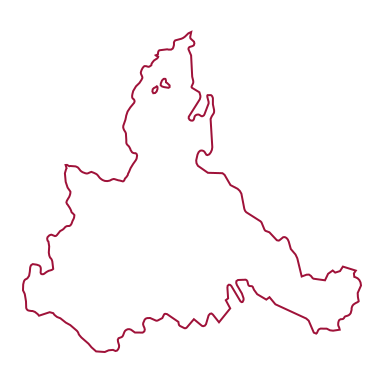 an SVG outline of Zaragoza
{"feature_id": "ESP-5853", "entity_name": "Zaragoza", "entity_type": "Autonomous Community", "adm_level": 1, "iso_a3": "ESP", "parent_name": "Spain", "parent_adm1": "", "projection": "mercator", "projection_center": [-1.121, 41.843], "detail": "fine", "context": "isolated", "style": "outline", "palette": "rose", "viewbox_px": 384, "rotation_deg": 0, "n_neighbors": 0, "source": "natural_earth", "source_scale": "10m", "svg_char_len": 5894}
<svg xmlns="http://www.w3.org/2000/svg" viewBox="0 0 384 384"><path d="M168.5,49.6L171.1,49.6L172.6,48.7L173.2,47.7L173.9,45.3L174.0,44.0L173.9,42.8L174.3,41.5L175.2,40.4L181.5,38.7L183.2,37.9L184.9,36.7L188.4,33.3L191.2,32.0L190.2,37.0L190.5,38.5L194.0,41.7L194.4,43.5L193.8,45.3L192.5,46.1L189.5,47.0L188.8,47.7L188.5,48.5L188.5,49.4L191.1,55.4L192.2,76.7L193.2,80.8L193.3,82.0L193.1,83.2L191.6,86.5L191.6,87.2L192.0,87.8L199.4,92.3L200.4,95.8L200.4,97.1L199.8,99.3L188.8,116.7L188.7,118.3L189.6,119.8L191.1,120.6L192.7,120.6L193.8,119.5L194.7,116.3L195.6,115.3L196.8,114.7L198.2,114.5L199.3,114.8L201.1,116.0L202.0,116.3L203.1,115.9L203.9,115.3L204.4,114.5L208.6,103.5L208.6,101.9L207.3,96.8L207.3,95.6L207.6,95.1L210.9,95.1L211.5,95.5L212.2,96.3L212.9,98.1L212.9,104.3L214.1,110.1L214.1,112.0L213.7,113.3L211.7,116.4L210.6,119.0L212.3,147.2L211.9,149.8L210.8,152.3L209.3,154.3L207.4,155.1L206.4,154.8L204.4,151.7L203.5,151.0L202.4,150.6L201.4,150.5L200.3,150.7L199.4,151.4L198.6,152.2L197.5,154.6L196.2,160.4L196.5,163.2L197.9,165.8L207.9,172.8L222.5,173.2L224.6,174.9L230.5,185.1L237.6,188.8L239.8,190.9L241.4,193.7L244.3,208.8L245.0,210.7L246.2,212.2L260.5,221.3L261.5,222.4L264.5,229.7L265.4,230.8L269.4,232.3L276.8,240.2L278.4,240.6L279.3,240.4L283.2,237.2L284.8,237.1L286.4,237.9L287.8,239.5L288.8,241.8L290.8,249.0L295.5,254.5L297.3,258.3L301.7,276.5L306.6,274.7L309.0,274.6L311.0,276.0L312.6,278.1L313.5,278.7L325.0,280.3L328.1,273.8L332.7,270.5L335.2,272.6L340.0,271.1L342.9,266.6L355.8,270.6L353.9,273.4L354.3,276.9L355.4,277.2L357.6,278.3L359.3,280.0L360.5,282.4L361.0,285.5L357.7,293.0L357.9,297.0L358.7,301.2L358.4,301.6L357.1,302.4L355.6,303.1L353.5,304.5L352.5,305.7L351.9,307.1L351.6,308.3L351.6,309.8L350.7,313.1L349.8,314.3L348.7,315.2L347.6,315.7L345.2,316.4L344.4,317.2L343.9,318.2L343.1,318.9L341.9,319.2L340.7,319.2L339.3,320.0L338.7,321.1L338.3,322.5L338.2,323.8L338.2,325.1L338.6,326.4L339.1,327.3L339.7,329.7L333.1,330.7L330.0,330.3L326.8,328.7L320.6,328.6L319.3,329.1L318.7,329.6L318.2,330.2L316.9,333.0L316.2,333.6L313.8,332.6L308.7,320.7L306.2,318.5L275.4,304.3L269.5,297.2L266.3,299.6L257.2,294.2L254.0,289.8L252.7,286.8L251.9,286.2L249.4,286.0L248.6,285.4L248.2,284.5L247.4,281.3L246.6,280.2L245.7,279.7L238.0,280.0L236.4,281.1L236.2,282.9L236.9,285.0L241.9,293.5L243.5,298.1L243.6,299.2L243.4,300.4L242.5,302.0L241.5,302.1L240.4,301.2L231.3,285.9L230.1,284.9L228.9,284.7L227.7,285.7L227.4,287.6L228.1,298.4L225.8,300.2L230.2,308.4L219.0,322.3L212.9,314.6L211.5,313.5L210.0,313.8L208.6,315.4L206.0,324.2L204.8,325.7L203.1,326.2L201.9,325.8L193.9,319.2L186.7,327.6L185.7,328.2L184.5,328.2L179.9,325.9L179.1,325.1L178.7,323.9L178.4,321.9L167.0,314.1L165.1,313.8L164.4,314.1L163.9,314.8L162.3,318.1L157.5,320.6L156.2,320.7L150.1,318.0L147.2,318.1L145.8,318.6L144.7,319.6L143.2,323.1L143.1,324.4L143.6,326.1L144.4,327.8L144.8,329.6L144.3,331.4L142.7,332.6L134.9,332.5L131.0,329.7L129.5,329.2L127.9,329.2L126.4,329.8L125.1,330.8L124.3,332.2L123.2,335.1L122.5,336.4L121.6,337.1L118.6,338.2L117.8,339.7L118.0,341.6L119.1,345.4L119.0,347.3L118.2,349.2L117.0,350.6L115.5,351.0L113.0,349.9L108.7,350.3L104.8,352.0L96.1,351.4L91.5,347.3L88.5,343.7L81.4,337.5L79.5,335.3L78.7,334.1L78.3,332.9L77.7,331.8L76.8,330.7L70.3,325.1L65.8,322.6L60.4,318.3L57.1,317.0L55.4,315.7L54.1,314.5L53.3,313.2L49.7,312.2L39.0,315.7L37.8,314.2L34.9,311.9L32.5,311.0L31.3,311.0L28.8,310.6L27.7,310.2L26.8,309.3L26.2,308.0L26.0,301.4L24.9,294.7L24.6,293.6L23.0,290.3L23.2,284.4L24.0,281.2L24.8,279.9L25.6,279.3L26.5,278.9L27.4,278.3L29.1,275.8L29.8,271.8L30.2,267.5L30.6,266.1L31.3,265.0L32.8,264.1L36.8,264.7L39.1,265.5L40.0,266.2L40.6,267.3L40.8,268.5L40.8,269.9L40.6,272.6L41.0,273.7L41.9,274.2L43.1,274.2L44.1,273.8L46.5,272.0L48.7,270.8L51.3,270.1L52.4,269.6L53.2,268.9L52.3,261.4L51.8,259.9L51.1,258.6L50.1,257.6L49.3,255.6L48.8,252.6L49.2,246.4L48.4,241.5L47.6,240.7L47.3,239.5L47.2,238.3L47.6,237.1L49.3,235.4L50.7,234.8L51.5,234.7L55.0,236.1L56.1,235.8L57.0,235.0L60.1,231.1L62.6,229.7L63.8,228.7L65.3,227.0L66.6,226.2L68.0,226.0L69.2,226.0L70.4,225.4L71.5,223.8L72.6,220.8L73.5,219.1L74.1,217.5L74.4,215.1L73.0,213.5L72.2,212.9L71.4,211.9L71.1,210.6L70.0,208.3L67.8,204.9L66.9,203.8L66.4,202.4L66.8,200.9L68.3,198.3L69.1,197.1L69.6,195.9L70.1,194.4L70.4,192.9L70.4,191.6L67.6,187.6L65.7,181.9L64.9,173.3L66.1,169.1L66.6,168.4L65.6,165.0L67.0,164.9L69.3,166.2L70.5,166.0L75.6,166.4L76.8,166.9L77.9,167.5L78.8,168.5L80.5,170.7L81.5,171.5L82.6,172.2L85.2,173.2L86.5,173.5L87.7,173.4L90.2,172.3L91.4,171.9L93.8,172.8L96.1,173.9L97.1,174.6L98.0,175.6L99.5,177.6L100.4,178.5L102.5,180.0L104.8,180.9L107.3,181.1L109.8,180.6L111.9,179.5L113.5,179.0L114.5,179.1L118.3,180.3L119.6,180.5L122.9,181.4L123.6,181.1L124.3,180.2L125.0,178.5L126.3,177.2L127.7,175.2L128.1,173.6L128.9,172.2L130.6,168.1L133.1,164.0L135.8,160.2L136.6,158.6L137.1,155.5L136.6,154.0L135.6,153.2L134.3,153.2L133.1,152.9L132.0,152.2L130.6,150.0L130.2,148.7L129.0,146.5L127.2,144.7L126.5,143.6L126.3,142.4L126.3,139.9L125.9,133.4L125.4,132.1L124.0,129.9L123.5,128.6L123.2,127.4L123.3,125.8L125.4,119.8L126.0,117.0L126.2,115.7L127.6,111.5L130.3,107.4L134.2,102.7L134.6,101.2L134.3,100.1L133.6,99.1L132.7,98.5L132.2,97.4L132.1,96.0L132.4,94.1L133.2,91.0L136.0,86.3L139.5,82.9L141.5,79.8L142.4,77.9L142.2,76.6L141.0,73.9L140.8,72.7L141.1,71.4L141.6,70.0L142.5,68.2L143.4,67.0L144.4,66.1L145.9,66.1L148.3,66.8L149.4,66.6L151.3,65.3L151.6,63.7L152.6,62.2L154.0,60.5L157.2,58.4L158.0,57.4L158.2,56.7L156.1,55.7L155.7,55.3L157.9,54.4L158.1,52.4L158.4,51.3L159.3,50.3L167.2,49.3L168.5,49.6ZM168.5,87.8L169.6,87.1L169.6,85.4L167.2,83.1L166.0,82.3L165.9,80.2L165.4,78.9L164.4,78.8L163.6,78.9L162.0,80.5L160.8,83.5L160.7,85.3L162.1,86.5L164.1,87.1L168.5,87.8ZM153.3,93.2L155.1,93.0L156.6,91.5L157.5,89.0L157.5,87.1L156.8,86.3L155.6,87.2L153.8,88.1L152.7,89.3L152.4,91.5L153.3,93.2Z" fill="none" stroke="#9f1239" stroke-width="2"/></svg>